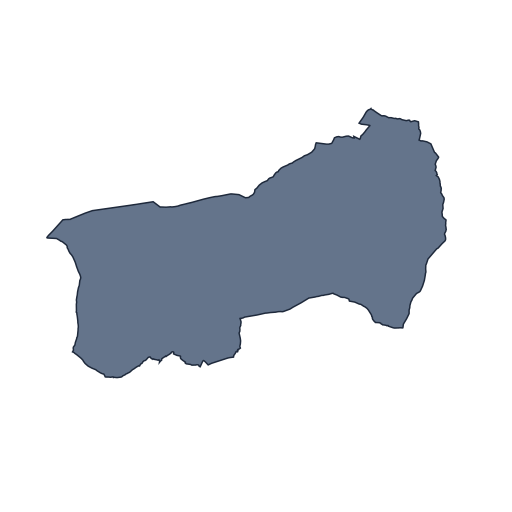 Ocna Sibiului, Sibiu, Romania (Natural Earth projection), rotated 164°
{"feature_id": "2599482B46010461750769", "entity_name": "Ocna Sibiului", "entity_type": "district", "adm_level": 2, "iso_a3": "ROU", "parent_name": "Romania", "parent_adm1": "Sibiu", "projection": "natural_earth1", "projection_center": [24.038, 45.885], "detail": "fine", "context": "isolated", "style": "filled", "palette": "slate", "viewbox_px": 512, "rotation_deg": 164, "n_neighbors": 0, "source": "geoboundaries", "source_scale": "gbopen_adm2", "svg_char_len": 6047}
<svg xmlns="http://www.w3.org/2000/svg" viewBox="0 0 512 512"><g transform="rotate(164 256 256)"><path d="M423.9,342.6L424.5,342.4L429.0,343.6L431.7,344.0L444.6,335.9L449.6,333.1L451.2,332.0L451.9,331.4L451.9,331.1L451.5,330.8L442.9,327.8L440.5,325.3L439.6,324.1L438.3,323.2L435.2,318.8L434.8,317.1L435.2,316.0L434.7,314.1L434.6,312.6L434.0,309.9L433.0,307.9L432.3,305.6L431.5,300.0L431.4,297.1L431.4,295.6L431.0,290.2L430.4,287.0L430.3,285.1L430.4,283.6L430.7,282.9L431.1,282.2L432.1,281.0L434.0,276.4L435.4,274.5L437.4,270.7L438.6,267.7L439.4,266.2L440.8,263.2L441.1,261.1L442.0,259.1L443.6,253.2L443.9,252.3L444.3,251.7L443.9,250.8L444.2,249.5L444.4,247.5L445.2,242.6L445.6,241.1L445.9,238.7L446.4,236.6L446.9,235.6L447.5,233.7L449.8,227.9L450.9,226.7L451.2,225.9L453.4,222.8L454.6,220.4L456.7,218.7L457.1,217.8L457.3,216.3L457.5,215.7L458.8,214.4L457.5,213.3L456.9,212.2L455.7,210.8L452.7,206.5L451.4,204.2L451.0,203.2L450.9,202.4L449.9,199.8L447.7,196.4L444.6,193.4L441.4,190.9L440.5,189.6L437.7,186.5L436.2,185.2L434.9,184.5L434.7,184.0L434.2,181.3L432.9,180.8L431.4,180.4L429.1,179.5L426.9,179.3L426.7,179.2L426.6,178.5L425.8,178.5L423.1,177.4L419.1,176.8L418.0,177.0L417.2,177.5L414.3,178.0L413.7,178.4L411.8,178.6L411.1,178.9L410.4,178.9L409.0,179.3L406.0,180.8L404.6,181.1L401.0,182.4L400.5,182.4L399.1,182.8L398.5,182.4L398.2,182.4L397.6,183.1L396.4,184.0L395.9,184.2L395.4,184.2L394.7,184.6L393.9,185.5L392.6,186.1L391.3,186.1L390.2,186.5L387.6,188.2L386.3,188.3L385.7,188.2L384.8,186.1L383.9,185.7L383.6,185.1L382.8,185.3L382.1,184.6L379.7,183.4L379.2,183.0L378.6,182.8L377.9,183.0L377.8,182.7L377.6,181.5L378.1,180.4L377.0,181.2L375.4,181.9L375.1,182.9L374.7,183.3L370.4,184.7L370.2,184.2L368.6,184.8L366.0,185.5L364.3,186.2L364.2,186.5L363.1,187.0L362.4,186.9L361.7,186.4L361.6,186.0L361.9,185.6L362.2,184.6L359.3,182.2L356.5,180.8L356.2,180.4L356.7,179.1L356.6,178.0L355.2,175.9L353.1,173.4L353.5,173.0L353.5,172.5L353.2,172.1L352.6,171.5L348.8,169.8L347.8,168.8L344.0,167.8L342.8,167.8L341.8,167.4L341.1,166.7L341.0,165.6L340.2,164.9L336.7,169.0L336.1,169.6L335.4,170.0L334.8,169.6L333.9,168.2L332.0,164.5L328.2,165.1L311.4,165.7L309.5,165.6L305.5,165.0L304.8,166.5L302.8,168.1L301.7,169.4L300.1,169.0L299.9,169.2L300.1,170.1L299.8,170.3L299.1,170.5L299.3,171.0L298.7,171.3L297.8,171.2L296.4,171.8L296.5,173.0L296.4,173.8L295.3,175.7L294.2,178.6L293.8,181.3L293.5,186.6L292.3,188.1L291.6,190.2L291.5,191.3L291.0,192.1L289.9,193.3L289.5,194.6L288.9,195.7L288.5,197.0L288.6,200.4L288.1,200.4L287.7,200.0L286.6,200.2L285.8,200.0L283.7,200.4L271.2,199.0L262.6,198.5L261.4,198.2L257.9,197.7L252.6,196.6L250.1,196.4L247.6,195.8L246.1,195.2L244.9,195.1L238.0,195.6L234.6,196.6L225.5,198.6L216.8,201.0L210.5,200.3L208.9,200.3L207.2,200.0L203.6,200.0L202.3,199.6L200.7,199.6L196.7,199.1L193.1,199.1L192.1,198.9L191.8,198.3L189.0,196.2L185.9,193.2L184.3,192.4L182.3,191.8L179.2,189.6L178.5,188.7L178.7,187.2L178.6,186.9L173.8,184.5L170.1,181.4L168.5,180.6L166.4,178.1L165.1,176.9L163.7,175.0L162.9,173.2L161.3,167.7L161.3,165.7L161.0,165.2L161.3,164.0L161.3,163.1L160.5,160.9L159.7,159.6L159.6,159.2L155.5,157.8L155.2,157.3L154.7,157.1L154.5,156.4L154.0,155.8L153.7,155.7L153.2,154.9L152.3,154.6L150.2,153.6L149.3,152.8L148.5,152.9L148.1,152.7L148.0,152.0L143.8,149.1L142.5,148.5L138.0,147.4L137.5,147.4L135.0,146.5L135.1,146.0L134.4,146.9L133.2,149.7L132.9,150.1L128.5,154.2L125.0,158.1L124.7,158.5L123.7,161.9L122.5,163.8L121.7,166.0L119.6,169.4L118.5,170.4L117.1,172.3L112.4,175.5L111.1,176.0L109.7,176.2L108.5,176.6L107.7,177.1L104.3,181.0L100.9,186.1L98.3,191.5L98.2,192.0L97.2,193.6L97.0,194.2L96.5,196.7L95.3,200.4L94.3,201.6L91.5,205.7L80.3,213.1L78.8,213.4L73.7,216.6L70.2,218.4L69.3,219.4L68.9,220.6L68.7,221.7L68.6,223.7L68.8,224.7L68.7,225.1L68.3,225.9L66.8,227.4L65.7,229.4L65.8,230.0L65.5,231.1L65.4,232.9L65.1,233.8L64.7,234.7L64.5,235.7L63.5,238.0L63.5,238.6L64.7,240.0L65.9,242.5L65.9,243.1L65.5,244.8L65.3,246.5L64.9,247.4L63.1,250.1L62.4,253.4L62.2,254.1L60.9,255.9L59.5,258.6L59.3,259.7L59.3,260.4L60.1,262.5L60.5,265.0L60.9,265.6L61.0,266.1L60.0,267.9L59.7,269.1L59.4,269.4L59.2,271.2L59.5,272.0L59.5,272.6L59.0,274.8L59.1,275.4L58.7,276.7L58.6,278.0L58.6,279.2L59.1,281.9L60.5,283.6L59.3,284.4L59.5,285.3L59.3,286.2L59.4,286.6L59.6,287.6L60.2,288.8L58.4,291.8L58.3,293.0L58.4,294.9L56.4,297.8L54.5,299.3L53.4,300.3L53.2,300.8L55.1,305.6L55.8,306.3L55.9,306.9L57.0,315.6L60.2,318.6L64.0,320.7L65.8,321.2L67.3,322.5L66.5,323.7L63.9,328.5L63.7,330.5L63.9,332.2L64.5,333.2L64.5,333.5L63.9,334.7L63.8,336.4L63.2,338.4L62.9,340.2L66.2,342.3L70.2,342.4L70.7,343.0L70.9,344.1L71.1,344.3L72.2,344.6L73.6,344.6L74.3,344.7L78.1,346.8L79.4,348.1L80.1,348.5L82.0,348.7L83.3,349.4L83.6,349.8L85.2,350.1L87.9,351.7L90.4,352.4L92.8,354.7L94.0,355.4L95.3,355.8L96.0,355.9L96.8,356.3L100.4,360.5L102.5,363.1L102.9,363.9L103.7,364.3L104.9,365.7L104.9,366.0L105.6,365.6L107.5,365.5L108.7,365.1L110.4,364.0L114.7,359.8L120.3,355.3L118.4,353.7L113.6,351.7L110.7,350.2L110.6,349.9L115.4,346.7L117.0,345.4L120.0,343.4L122.0,342.5L123.4,340.2L124.1,339.6L129.0,344.0L129.1,342.4L130.5,342.9L134.0,345.8L134.4,345.9L136.3,346.3L140.4,346.4L142.0,347.0L143.5,348.0L145.5,348.3L148.0,348.0L149.9,345.6L150.4,345.3L151.6,343.9L152.4,343.4L155.3,343.5L157.4,344.1L166.9,348.2L168.0,346.8L168.9,344.9L170.0,343.0L171.1,342.2L173.9,340.4L178.6,339.2L181.9,339.0L184.6,338.0L191.4,336.8L193.8,336.1L195.7,335.3L196.5,335.4L198.7,335.3L200.4,334.7L205.4,334.1L207.8,333.5L210.5,332.0L211.5,330.9L212.9,330.9L214.0,330.5L215.9,329.1L217.4,327.6L218.0,327.3L221.4,327.1L222.5,326.7L224.4,325.3L226.8,325.1L230.0,324.6L233.4,323.2L236.5,321.0L238.7,320.1L239.8,317.7L241.5,316.1L242.7,315.6L245.0,315.1L246.9,314.3L250.1,314.9L255.5,319.7L262.1,322.3L263.6,322.7L272.3,323.4L276.6,323.9L278.9,324.4L284.0,324.8L290.8,325.1L302.5,325.2L314.9,325.7L317.2,325.5L320.3,325.8L323.4,326.3L324.5,326.8L329.0,327.7L334.1,329.4L334.6,329.4L339.9,336.5L363.4,339.5L400.8,344.7L408.3,344.3L423.9,342.6Z" fill="#64748b" stroke="#1e293b" stroke-width="1.5"/></g></svg>